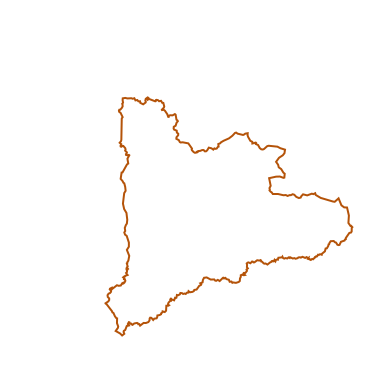 Dak Mil, Đắk Nông, Vietnam (Mercator projection), rotated 243°
{"feature_id": "81297802B8433513238207", "entity_name": "Dak Mil", "entity_type": "district", "adm_level": 2, "iso_a3": "VNM", "parent_name": "Vietnam", "parent_adm1": "Đắk Nông", "projection": "mercator", "projection_center": [107.656, 12.52], "detail": "fine", "context": "isolated", "style": "outline", "palette": "amber", "viewbox_px": 384, "rotation_deg": 243, "n_neighbors": 0, "source": "geoboundaries", "source_scale": "gbopen_adm2", "svg_char_len": 5943}
<svg xmlns="http://www.w3.org/2000/svg" viewBox="0 0 384 384"><g transform="rotate(243 192 192)"><path d="M95.9,64.6L96.4,67.3L98.4,67.5L99.2,68.2L99.4,69.9L102.2,73.0L101.7,75.2L103.5,74.9L104.7,76.6L104.3,77.1L102.6,77.2L102.2,78.2L101.1,78.3L100.6,78.7L101.1,80.8L100.3,83.6L99.7,84.1L98.6,84.1L98.2,85.1L96.5,85.1L97.3,89.4L96.2,91.5L95.9,94.0L96.8,95.8L98.6,96.9L99.0,97.7L98.3,98.7L95.6,99.3L96.3,100.9L95.5,103.1L96.2,104.1L97.7,105.1L97.1,107.2L97.1,108.9L97.9,109.4L98.2,111.0L99.0,111.6L97.4,113.2L98.0,115.0L102.3,117.5L101.4,119.4L101.5,120.1L102.5,119.5L103.1,119.8L104.1,120.9L104.9,123.1L104.6,123.9L105.3,124.2L106.1,123.9L106.6,124.6L106.4,125.0L105.3,125.2L103.6,126.9L105.4,128.8L104.9,129.2L104.9,130.1L107.1,131.8L106.3,132.7L106.3,134.7L107.3,135.8L106.4,137.2L105.2,137.8L104.9,139.3L104.0,140.1L104.6,141.6L104.1,142.9L105.2,143.9L103.6,144.6L102.8,147.1L102.9,148.7L103.7,149.6L103.0,151.8L105.1,155.8L105.1,157.8L105.6,158.4L106.9,158.0L106.7,160.4L108.7,161.8L110.1,163.8L109.2,166.3L105.5,168.9L104.0,172.1L102.6,172.4L101.9,173.2L102.0,175.1L100.1,176.2L101.5,180.7L101.3,181.2L100.4,181.3L100.3,182.8L98.8,183.1L97.1,185.0L94.9,184.8L94.3,186.5L92.8,186.7L92.8,187.5L91.1,189.9L90.6,192.8L91.0,194.2L93.2,195.5L94.2,196.9L95.7,197.7L95.6,198.9L94.3,200.4L94.0,201.5L96.1,200.9L96.4,201.4L95.7,202.9L96.8,205.2L98.2,205.4L98.6,207.1L100.1,206.8L102.1,208.0L103.5,208.3L103.8,209.5L103.6,210.4L102.0,211.7L102.8,214.0L102.3,214.6L101.4,214.8L101.0,215.7L101.6,219.1L100.3,220.9L100.2,222.2L99.7,222.4L98.7,222.1L98.1,222.8L96.0,223.4L95.3,223.9L94.9,225.1L93.1,226.3L93.8,229.6L93.7,231.3L94.2,231.7L93.8,233.2L93.2,233.2L93.0,233.8L93.9,234.7L92.4,234.9L93.4,236.0L93.3,237.2L92.7,237.8L94.2,239.1L92.9,242.5L93.3,243.2L92.0,243.1L90.8,243.9L90.7,245.2L89.5,246.8L89.9,248.3L88.8,249.1L89.3,249.8L87.0,251.6L86.6,253.2L85.5,254.0L85.1,256.1L85.4,257.1L84.8,258.6L84.1,259.2L84.1,261.0L81.9,262.9L82.0,264.5L81.4,264.9L80.3,264.9L80.4,265.7L80.0,265.3L79.9,265.9L79.2,265.7L78.9,266.4L78.2,266.4L77.5,267.0L77.8,268.6L77.1,269.4L77.5,270.1L77.4,271.0L78.2,271.9L77.9,272.7L78.4,273.5L77.9,274.3L78.9,275.8L78.3,276.5L78.5,277.5L78.2,278.2L77.2,279.1L78.0,279.8L78.8,283.5L81.0,285.4L80.6,286.6L82.0,288.8L83.3,289.9L83.2,290.5L84.2,291.4L85.2,293.2L84.0,296.0L82.4,296.5L81.5,297.4L79.0,297.6L78.2,298.4L77.9,299.4L80.0,302.1L79.5,305.9L80.2,306.7L80.1,307.6L81.2,308.2L84.1,313.6L83.7,315.3L84.3,316.3L87.6,318.1L87.9,318.9L89.7,318.4L89.8,317.8L93.4,317.3L99.8,321.1L107.8,323.1L109.2,320.6L112.3,319.1L119.8,319.7L118.5,314.7L119.5,313.3L128.3,304.0L133.2,300.9L135.0,301.2L135.0,299.2L136.1,298.0L136.7,293.1L139.5,289.9L138.6,287.4L137.7,286.3L138.1,284.5L140.3,282.7L143.1,281.9L144.3,280.7L144.3,278.6L144.9,277.6L145.1,275.4L146.7,274.2L147.6,272.0L151.2,267.7L153.5,263.1L155.6,262.8L156.5,262.2L158.3,261.8L158.9,262.5L160.3,262.8L161.8,264.9L169.3,267.0L167.5,273.9L165.9,277.3L163.1,279.9L162.9,280.8L166.2,282.9L167.8,282.2L171.9,281.9L174.6,280.5L177.2,281.1L180.7,280.6L183.0,285.1L183.5,289.6L184.6,292.0L187.5,294.1L190.9,290.6L193.6,288.7L198.4,281.3L198.7,279.8L197.6,275.7L197.7,274.4L198.6,273.1L200.4,272.3L203.9,272.2L205.7,270.7L206.6,271.4L207.1,271.2L207.8,267.8L209.4,268.5L211.1,267.2L215.7,267.0L217.4,267.3L219.1,268.3L219.8,266.0L219.5,263.9L219.8,263.2L223.3,259.1L224.9,258.3L225.1,257.1L223.8,253.6L223.0,249.3L223.3,243.4L223.1,240.3L222.6,239.3L222.8,237.2L220.4,236.3L220.5,235.6L219.5,233.7L219.9,232.3L220.7,231.7L220.1,230.2L222.1,229.2L223.9,227.1L222.2,224.4L221.9,222.9L222.5,221.8L223.9,221.5L224.4,221.0L224.8,219.8L224.9,218.0L225.5,216.6L225.2,216.0L225.6,215.6L225.1,214.7L225.6,214.3L225.2,213.5L225.6,212.4L226.8,211.6L229.3,210.9L230.0,211.0L230.7,211.7L237.0,210.8L240.5,206.3L241.3,204.3L242.1,203.8L244.2,203.8L246.5,202.2L247.8,203.0L248.9,205.5L250.2,206.2L251.8,205.5L253.6,206.2L255.7,204.4L256.8,204.4L258.4,205.4L258.5,207.5L260.8,209.8L261.5,211.5L262.2,211.6L263.5,211.0L268.3,212.5L269.2,212.1L269.1,209.6L270.3,207.3L270.4,206.1L269.5,205.3L269.8,204.9L272.5,205.3L276.6,204.8L278.2,204.1L278.6,202.5L279.0,202.5L280.0,205.3L280.8,206.1L284.4,206.9L284.9,206.0L287.3,205.8L287.8,203.9L289.2,203.4L290.2,202.3L290.3,201.6L289.4,200.9L289.5,200.4L294.4,196.0L294.3,194.4L294.8,194.5L295.8,195.8L296.4,195.4L296.0,193.1L294.6,191.9L293.3,191.8L292.8,191.3L292.3,188.3L294.9,186.4L296.4,186.9L297.1,185.4L298.8,185.0L299.3,183.2L301.7,183.2L302.0,181.5L303.1,180.5L304.7,176.9L306.1,175.3L306.9,172.8L305.4,171.9L302.9,171.1L302.2,169.8L301.4,169.8L299.7,169.0L298.7,167.5L297.9,165.4L298.3,164.6L297.8,163.9L296.6,163.5L294.9,164.3L290.2,164.2L289.5,162.9L288.7,162.4L270.5,152.7L269.5,151.8L268.7,149.9L266.7,150.7L265.5,149.2L264.9,149.1L264.4,149.6L264.6,151.0L264.2,151.7L261.5,152.4L260.2,152.2L259.2,151.2L256.9,152.0L256.0,151.2L255.7,150.3L254.9,150.1L254.1,151.1L253.7,152.6L253.2,152.8L251.0,149.6L246.3,148.1L246.1,146.6L241.0,139.0L241.3,138.1L236.1,134.4L233.3,135.1L231.3,135.1L230.5,135.6L226.9,134.8L223.2,133.4L221.8,131.1L213.0,125.2L207.6,123.8L203.1,124.1L196.6,121.7L193.4,119.6L192.6,118.1L190.5,115.8L187.6,114.8L186.7,113.3L184.4,113.0L182.6,113.9L175.6,112.8L171.9,110.9L170.0,107.7L163.6,107.1L159.7,104.1L158.8,102.5L158.1,102.2L158.0,101.5L154.9,100.9L154.4,99.7L152.9,100.0L153.1,98.6L152.6,98.5L152.0,99.1L151.6,98.4L150.3,97.8L149.8,96.5L147.3,96.9L147.6,94.5L147.2,94.0L147.5,93.4L147.2,91.9L145.8,92.4L145.2,91.9L144.8,92.5L143.1,92.3L142.0,90.8L141.6,89.4L141.7,88.8L142.4,89.1L142.4,88.4L141.0,86.1L141.7,84.1L143.0,82.8L141.7,76.2L141.8,75.6L142.2,75.5L142.6,77.2L143.1,77.3L143.1,75.0L142.6,74.5L140.5,75.0L139.7,74.3L139.2,73.0L139.3,71.5L138.4,69.9L136.7,69.3L134.8,69.9L133.4,69.2L132.5,67.8L132.1,64.4L131.7,64.4L131.2,64.9L122.1,66.6L120.9,66.4L119.9,67.1L116.2,66.9L114.0,67.3L113.4,67.9L109.2,65.6L105.7,65.2L104.6,64.3L102.8,60.9L98.6,63.7L95.9,64.6Z" fill="none" stroke="#b45309" stroke-width="2"/></g></svg>